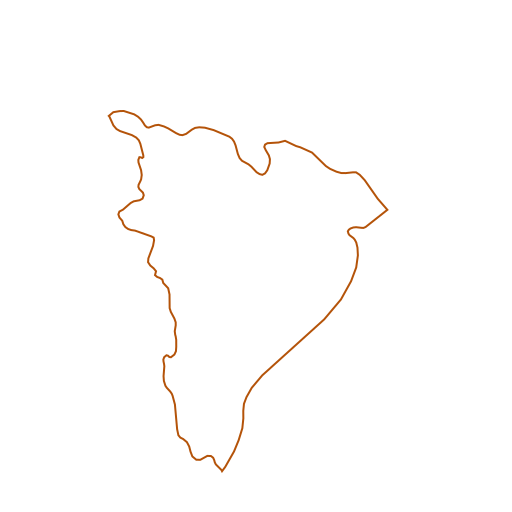 the border of Kon Tum, rotated 338°
{"feature_id": "VNM-486", "entity_name": "Kon Tum", "entity_type": "Province", "adm_level": 1, "iso_a3": "VNM", "parent_name": "Vietnam", "parent_adm1": "", "projection": "natural_earth1", "projection_center": [107.772, 14.666], "detail": "fine", "context": "isolated", "style": "outline", "palette": "amber", "viewbox_px": 512, "rotation_deg": 338, "n_neighbors": 0, "source": "natural_earth", "source_scale": "10m", "svg_char_len": 2464}
<svg xmlns="http://www.w3.org/2000/svg" viewBox="0 0 512 512"><g transform="rotate(338 256 256)"><path d="M139.2,318.0L143.4,316.8L146.1,314.3L148.0,310.4L150.6,303.9L151.4,300.5L151.6,298.7L152.5,295.3L155.6,290.2L156.7,287.4L156.9,283.4L156.1,275.9L156.4,272.0L161.4,259.3L162.5,253.0L159.9,246.3L160.3,242.8L158.7,240.4L156.5,238.4L155.2,235.9L157.6,232.7L156.5,229.1L154.4,225.2L153.6,221.3L155.3,217.9L164.3,208.1L167.4,203.2L168.0,200.6L166.2,198.5L153.3,187.1L150.0,185.2L147.5,183.0L145.7,180.2L144.9,176.9L145.2,173.2L143.8,169.2L144.0,165.8L146.0,163.6L150.0,163.2L156.1,161.1L159.7,159.9L163.1,159.5L169.0,160.7L172.3,160.3L174.7,157.6L174.9,154.9L172.9,150.3L172.8,147.9L173.8,146.0L176.8,143.3L178.2,141.9L180.4,138.1L181.6,133.4L182.1,125.2L182.9,122.8L184.9,120.7L186.1,121.3L187.2,122.5L188.6,122.1L189.2,120.5L190.8,108.6L190.7,104.8L189.3,101.3L186.2,97.4L176.7,89.2L174.2,86.0L172.7,81.5L172.3,71.8L172.0,71.0L177.6,69.2L183.9,70.6L187.7,72.0L196.1,79.0L198.8,82.7L200.5,86.4L201.3,89.9L201.9,93.3L203.0,95.7L204.7,96.8L211.4,97.0L214.8,97.9L219.2,101.4L222.4,104.8L227.9,112.1L230.6,115.0L233.1,116.4L237.0,116.6L243.9,114.8L247.5,114.4L251.6,115.4L256.7,117.9L263.9,123.4L276.0,135.4L277.7,138.3L278.5,141.7L278.5,145.8L277.4,154.6L277.5,159.1L278.7,162.5L283.4,168.2L285.2,171.5L287.9,178.5L290.0,181.4L292.3,183.1L295.3,182.8L298.6,180.7L303.3,175.4L305.2,171.4L305.6,167.6L304.7,161.5L304.5,158.0L306.1,156.1L308.9,155.7L319.4,159.2L326.1,160.1L334.4,169.1L337.8,171.8L346.7,181.1L354.5,198.8L357.3,202.9L362.2,208.0L366.1,211.0L370.1,212.7L377.1,214.7L380.1,215.9L382.6,219.6L385.2,226.4L390.3,248.5L395.1,262.4L368.4,270.2L366.1,270.2L364.4,269.4L359.6,266.8L356.9,266.0L353.9,265.9L351.9,266.4L350.4,267.5L350.1,269.8L350.5,271.7L353.0,275.8L353.7,277.9L354.0,281.1L353.2,286.3L350.7,293.6L344.6,304.2L334.7,315.0L318.5,328.1L295.5,340.3L217.1,369.0L202.7,376.6L194.3,383.3L189.5,388.5L186.2,394.8L183.4,401.9L178.8,410.6L170.9,420.3L162.4,429.0L148.5,440.0L143.9,442.8L143.8,441.5L140.7,434.2L140.5,431.9L140.8,429.5L140.7,427.0L139.3,424.6L136.0,423.1L128.0,424.1L124.3,422.5L121.9,418.0L122.0,412.9L122.7,407.6L122.2,402.7L119.9,398.4L117.8,396.0L116.9,393.1L118.0,387.0L125.2,363.3L126.3,354.4L126.3,352.1L125.7,349.5L123.9,344.7L123.4,342.4L123.8,337.3L125.3,332.7L129.7,323.9L130.3,321.6L130.7,319.3L131.3,317.3L133.0,315.4L135.8,314.5L137.1,315.5L137.8,317.2L139.2,318.0Z" fill="none" stroke="#b45309" stroke-width="2"/></g></svg>